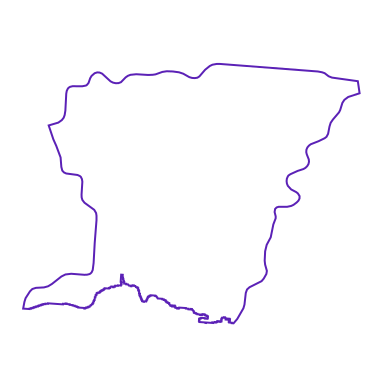 outline of La Romana, La Romana, Dominican Republic, rotated 4°
{"feature_id": "3306468B23578023399759", "entity_name": "La Romana", "entity_type": "district", "adm_level": 2, "iso_a3": "DOM", "parent_name": "Dominican Republic", "parent_adm1": "La Romana", "projection": "mercator", "projection_center": [-68.939, 18.464], "detail": "fine", "context": "isolated", "style": "outline", "palette": "violet", "viewbox_px": 384, "rotation_deg": 4, "n_neighbors": 0, "source": "geoboundaries", "source_scale": "gbopen_adm2", "svg_char_len": 5894}
<svg xmlns="http://www.w3.org/2000/svg" viewBox="0 0 384 384"><g transform="rotate(4 192 192)"><path d="M349.7,69.9L323.6,68.1L320.2,67.0L316.0,64.2L313.4,63.5L309.2,63.0L210.9,62.3L207.8,62.5L203.5,63.6L200.9,65.1L196.6,69.1L191.3,76.2L189.4,77.6L186.8,78.2L184.1,78.2L181.3,77.6L175.0,74.6L170.7,73.5L164.5,73.1L158.4,73.3L154.0,74.3L147.4,77.2L144.6,77.8L140.2,78.3L128.2,78.4L122.4,79.4L119.9,80.6L117.8,82.3L113.5,87.4L111.1,88.5L108.4,88.8L105.6,88.4L103.0,87.3L94.1,80.2L91.5,79.3L89.1,79.3L86.6,80.3L83.7,83.2L82.5,85.6L81.2,90.4L79.8,92.4L78.8,93.2L75.1,94.2L65.5,94.8L63.0,95.6L61.9,96.4L61.0,97.4L60.0,99.9L59.7,102.7L60.0,119.6L59.6,124.1L58.8,126.9L57.1,129.4L53.8,132.1L44.4,135.6L50.0,149.1L53.4,155.5L58.5,166.7L59.9,176.1L61.1,179.7L62.9,181.4L65.2,182.3L76.6,183.0L79.0,183.9L80.0,184.6L81.3,186.8L81.9,189.4L82.0,202.3L82.3,205.1L83.2,207.6L85.5,210.2L95.7,216.6L97.8,219.7L98.4,222.4L98.7,226.7L98.5,249.7L98.8,269.7L98.4,276.7L97.5,279.1L96.6,280.2L95.6,281.0L93.1,281.8L90.4,282.1L77.2,282.0L71.5,283.1L67.6,285.4L58.7,293.5L55.0,296.1L51.0,297.5L43.0,298.5L39.5,299.9L37.3,302.4L33.4,309.5L32.5,313.3L31.7,320.1L38.1,320.1L38.1,319.6L39.7,319.6L39.7,319.0L41.2,319.0L41.2,318.5L42.3,318.5L42.3,317.9L43.8,317.9L43.8,317.4L44.8,317.4L44.8,316.9L46.4,316.9L46.4,316.3L47.4,316.3L47.4,315.8L48.9,315.8L48.9,315.2L50.0,315.2L50.0,314.7L51.5,314.7L51.5,314.1L53.6,314.1L53.6,313.6L56.1,313.6L56.1,313.1L71.1,313.1L71.1,312.5L73.6,312.5L73.6,312.0L74.7,312.0L74.7,312.5L77.8,312.5L77.8,313.1L80.8,313.1L80.8,313.6L82.9,313.6L82.9,314.1L84.9,314.1L84.9,314.7L86.5,314.7L86.5,315.2L92.7,315.2L92.7,315.8L93.2,315.8L93.2,315.2L94.2,315.2L94.2,314.7L95.8,314.7L95.8,314.1L96.8,314.1L96.8,313.6L97.8,313.6L97.8,313.1L98.8,312.5L98.8,312.0L99.4,312.0L99.9,310.9L100.4,310.9L100.4,310.3L100.9,310.3L100.9,309.3L101.4,309.3L101.4,307.6L101.9,307.6L101.9,306.5L102.4,306.5L102.4,303.8L103.0,303.8L103.0,301.7L103.5,301.7L103.5,301.1L104.0,301.1L104.0,299.5L105.0,299.5L105.0,299.0L106.6,299.0L106.6,298.4L107.1,298.4L107.1,297.9L107.6,297.9L107.6,297.3L108.1,297.3L108.1,296.8L109.1,296.8L109.1,296.2L110.2,296.2L110.2,295.7L110.7,295.7L110.7,295.2L111.2,295.2L111.2,294.6L111.7,294.6L111.7,294.1L115.8,294.1L115.8,293.5L116.8,293.5L116.8,293.0L117.4,293.0L117.9,291.9L119.9,291.9L119.9,292.5L120.4,292.5L120.4,291.9L121.5,291.9L121.5,291.4L122.0,291.4L122.0,290.8L124.6,290.8L124.6,290.3L127.6,290.3L127.6,289.2L128.2,289.2L128.2,287.6L127.6,287.6L127.6,286.5L127.1,286.5L127.1,279.4L128.7,279.4L128.7,282.2L129.2,282.2L129.2,283.8L129.7,283.8L129.7,285.4L130.2,285.4L130.2,286.5L130.7,286.5L130.7,288.1L132.8,288.1L132.8,288.7L134.8,288.7L135.4,289.7L137.4,289.7L137.4,290.3L138.4,290.3L139.0,289.2L140.5,289.2L140.5,289.7L142.1,289.7L142.6,290.8L144.1,290.8L144.1,291.4L144.6,291.4L144.6,291.9L145.1,291.9L145.1,293.5L145.7,293.5L145.7,294.6L146.2,294.6L146.2,296.8L146.7,296.8L146.7,297.3L147.2,297.3L147.2,297.9L146.7,297.9L146.7,298.4L147.2,298.4L147.2,299.5L147.7,299.5L147.7,300.0L148.2,300.0L148.2,301.1L148.7,301.1L148.7,302.2L149.2,302.2L149.2,303.3L149.8,303.3L149.8,304.4L151.3,304.4L151.3,304.9L151.8,304.9L151.8,304.4L153.9,304.4L153.9,303.3L154.4,303.3L154.4,302.2L154.9,302.2L154.9,300.6L155.4,300.6L155.4,299.5L156.4,299.5L156.4,299.0L157.0,299.0L157.0,298.4L158.0,298.4L158.0,297.9L162.6,297.9L162.6,298.4L163.7,298.4L164.2,299.5L164.7,299.5L165.2,300.6L169.8,300.6L169.8,301.1L171.4,301.1L171.4,301.7L172.9,301.7L172.9,302.2L173.4,302.2L173.4,302.8L173.9,302.8L173.9,303.3L174.4,303.3L174.4,303.8L175.5,303.8L175.5,304.4L177.0,304.4L177.0,305.5L177.5,305.5L178.0,306.5L178.6,306.5L178.6,307.1L179.1,307.1L179.1,306.5L180.1,306.5L180.1,307.6L181.7,307.6L181.7,307.1L182.2,307.1L182.2,306.5L182.7,306.5L182.7,307.1L183.2,307.1L183.2,308.2L183.7,308.2L183.7,308.7L185.3,308.7L185.3,309.3L186.8,309.3L186.8,308.7L187.3,308.7L187.3,308.2L194.0,308.2L194.0,308.7L196.6,308.7L196.6,309.3L199.1,309.3L199.1,308.7L200.2,308.7L200.7,309.8L201.2,309.8L201.7,310.9L202.2,310.9L202.2,312.0L202.7,312.0L202.7,312.5L204.3,312.5L204.3,313.1L205.8,313.1L205.8,313.6L208.4,313.6L208.4,314.1L210.5,314.1L210.5,313.6L211.0,313.6L211.0,313.1L213.0,313.1L213.0,313.6L213.6,313.6L213.6,314.1L215.1,314.1L215.1,314.7L216.1,314.7L216.1,315.2L216.6,315.2L216.6,316.9L216.1,316.9L216.1,317.4L213.6,317.4L213.6,316.9L209.9,316.9L209.9,317.4L208.9,317.4L208.9,317.9L207.9,317.9L207.9,320.1L208.4,320.1L208.4,321.2L214.6,321.2L214.6,321.7L215.1,321.7L215.1,321.2L221.3,321.2L221.3,320.6L221.8,320.6L221.8,321.2L222.3,321.2L222.3,320.6L223.8,320.6L223.8,320.1L224.3,320.1L224.3,320.6L224.9,320.6L224.9,320.1L225.9,320.1L225.9,319.6L226.4,319.6L226.4,319.0L228.5,319.0L228.5,319.6L229.5,319.6L229.5,319.0L230.5,319.0L230.5,318.5L230.0,318.5L230.0,316.9L230.5,316.9L230.5,315.8L231.0,315.8L231.0,315.2L232.6,315.2L232.6,314.7L233.6,314.7L233.6,315.2L234.1,315.2L234.1,315.8L234.8,315.8L234.6,316.9L236.2,316.9L236.2,315.8L238.2,315.8L238.2,316.3L238.8,316.3L238.8,317.9L237.7,317.9L237.7,319.0L238.2,319.0L238.2,319.6L240.8,319.6L240.8,320.1L242.6,320.1L246.0,315.5L251.4,304.4L252.2,300.6L252.7,288.9L253.7,285.4L256.0,283.0L267.6,276.1L269.6,273.4L271.9,268.6L272.2,265.5L270.0,259.3L269.3,255.5L269.1,246.0L270.2,239.5L273.7,231.7L275.4,218.7L277.3,212.4L277.2,210.5L275.8,206.2L276.1,203.1L277.5,201.5L279.5,200.7L288.0,200.1L291.9,199.0L294.2,197.7L297.2,195.1L298.8,193.2L299.7,191.0L299.6,188.6L297.7,186.0L295.9,184.8L290.7,182.5L287.2,179.2L286.1,177.0L285.6,174.5L285.7,172.1L286.5,169.8L287.1,168.8L288.9,167.4L295.9,163.6L301.6,161.3L303.5,160.0L305.1,158.2L306.2,156.1L306.6,153.7L306.2,151.3L303.9,146.5L303.2,144.3L303.2,141.8L304.0,139.5L305.4,137.6L307.1,136.1L314.7,132.5L320.6,129.1L322.3,127.6L323.7,124.5L324.6,117.1L325.5,113.3L327.5,109.9L333.1,102.3L334.1,99.9L335.8,92.6L337.6,89.4L341.2,86.3L352.3,81.8L349.7,69.9Z" fill="none" stroke="#5b21b6" stroke-width="2"/></g></svg>